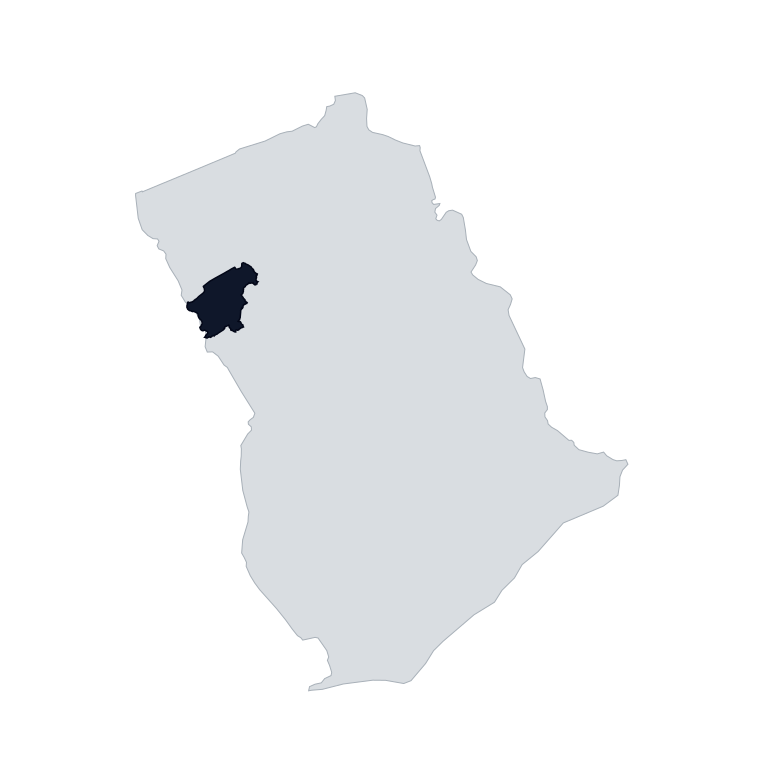 Sawla-tuna-kalba, Northern, Ghana (highlighted), rotated 338°
{"feature_id": "2480657B66384530229883", "entity_name": "Sawla-tuna-kalba", "entity_type": "district", "adm_level": 2, "iso_a3": "GHA", "parent_name": "Ghana", "parent_adm1": "Northern", "projection": "orthographic", "projection_center": [-2.328, 9.481], "detail": "fine", "context": "in_parent", "style": "filled", "palette": "ink", "viewbox_px": 768, "rotation_deg": 338, "n_neighbors": 0, "source": "geoboundaries", "source_scale": "gbopen_adm2", "svg_char_len": 8116}
<svg xmlns="http://www.w3.org/2000/svg" viewBox="0 0 768 768"><g transform="rotate(338 384 384)"><path d="M466.4,103.2L472.0,108.5L473.2,111.6L471.3,123.1L467.3,131.3L464.7,138.8L465.1,142.6L467.6,146.4L476.2,152.3L480.6,156.1L485.8,161.9L491.8,167.6L502.0,175.0L506.3,176.3L506.1,178.4L504.7,181.2L504.0,209.0L503.3,216.1L502.6,219.8L501.7,230.1L500.6,231.6L498.7,231.5L496.9,231.9L496.5,234.0L497.3,236.1L503.4,237.6L502.1,239.1L497.5,240.6L495.5,243.7L496.4,247.3L493.9,250.2L494.6,252.1L496.3,253.5L498.8,252.9L506.0,248.1L509.0,247.6L512.7,248.5L519.6,255.7L519.9,259.3L517.2,271.6L514.6,281.0L514.2,293.6L517.1,300.6L516.8,304.5L513.6,307.9L506.6,312.8L507.1,316.1L510.4,322.2L516.5,329.1L528.2,337.5L534.5,348.6L534.7,353.1L531.1,357.6L526.9,361.6L525.6,367.3L527.7,404.4L518.6,420.7L518.5,425.3L519.5,430.6L521.9,433.8L526.7,434.7L530.6,437.8L529.3,449.1L527.3,460.7L527.0,466.2L525.9,468.9L522.2,471.1L520.9,474.8L521.9,479.2L521.2,482.6L523.2,486.9L527.4,492.2L534.3,505.5L536.9,506.5L538.1,509.3L537.4,512.0L540.1,517.9L547.7,523.7L555.6,528.7L562.1,529.4L563.6,534.0L567.9,539.8L571.0,542.4L575.8,544.0L579.9,544.8L580.1,549.8L572.9,553.2L568.0,558.4L564.3,566.2L559.2,574.8L541.5,579.4L534.7,579.5L498.2,580.0L464.1,597.1L444.4,603.2L432.3,612.7L416.0,619.5L404.7,627.7L381.0,631.7L342.3,644.7L330.1,649.8L317.9,658.7L297.9,669.2L290.1,669.1L274.4,659.3L262.6,654.4L233.9,646.9L212.4,644.0L202.1,640.8L199.2,640.2L201.6,636.7L207.6,636.5L213.9,637.6L218.7,634.9L225.7,634.5L227.5,631.7L228.1,624.7L228.0,619.0L230.5,616.4L231.1,609.7L227.7,594.8L225.2,593.1L212.7,591.0L211.8,588.0L209.5,584.9L207.2,577.2L204.4,565.8L200.1,551.6L191.7,528.2L189.6,520.0L188.2,511.6L187.9,501.5L189.7,497.8L189.4,492.6L188.7,487.4L194.6,475.5L206.2,461.0L208.7,455.7L210.8,452.1L211.1,446.8L213.2,429.8L218.8,409.3L222.3,401.6L224.6,397.4L227.5,390.6L228.2,387.4L238.9,379.3L243.8,377.2L244.9,374.0L243.2,370.5L243.9,368.2L246.5,367.0L250.4,366.0L253.3,362.7L248.8,337.4L245.2,312.2L245.0,310.0L242.8,306.5L240.7,296.1L237.1,290.0L232.1,288.2L232.1,282.5L237.2,272.8L238.5,267.1L236.1,265.4L235.7,261.0L237.5,253.8L236.6,249.4L235.7,244.7L230.5,233.6L229.2,225.8L231.9,221.2L231.8,211.2L229.0,195.8L228.6,186.0L230.5,182.0L229.6,178.1L225.8,174.4L225.5,170.8L228.8,167.4L228.4,164.7L224.3,162.7L220.7,157.9L217.6,150.4L218.2,138.3L224.3,116.1L225.1,114.3L231.9,114.4L231.9,115.3L253.1,115.1L277.3,114.9L306.3,114.6L332.6,114.3L333.8,113.3L338.1,112.0L364.7,114.2L381.3,113.0L388.4,113.8L393.5,115.2L405.0,114.3L411.1,114.8L415.8,120.3L417.7,120.2L420.2,117.9L424.8,115.2L429.5,113.0L432.8,108.7L434.8,105.4L437.8,106.0L442.2,105.8L445.1,103.0L446.2,98.8L466.4,103.2Z" fill="#d9dde1" stroke="#a8b0b8" stroke-width="1"/><path d="M260.8,223.5L253.1,225.8L253.0,226.2L253.2,228.1L253.1,228.4L252.5,230.5L252.0,231.1L251.0,231.5L250.5,231.9L245.0,233.5L243.4,234.2L242.6,234.6L242.1,234.7L241.7,234.9L241.3,234.9L240.8,235.0L240.7,234.9L239.7,235.3L239.4,235.3L238.7,235.8L238.3,235.8L238.0,236.0L237.8,236.0L237.6,235.9L237.2,235.9L237.0,236.1L236.6,236.0L236.4,236.2L236.1,236.1L235.7,235.8L235.4,235.8L234.6,235.9L233.9,235.7L233.7,235.4L233.5,234.9L233.2,234.9L233.1,235.0L232.9,234.9L232.9,235.0L232.7,235.1L232.4,235.0L232.1,236.0L231.7,236.1L231.5,236.6L230.8,237.2L230.7,237.5L230.8,237.8L230.6,238.2L230.0,238.7L230.0,238.9L230.1,239.5L230.0,240.3L230.2,240.6L230.0,240.9L230.0,241.0L230.9,242.8L231.4,243.3L232.1,243.6L233.5,245.1L234.4,245.3L235.1,245.6L235.6,246.3L236.2,246.8L236.8,247.4L237.7,248.9L237.6,250.0L237.2,251.5L237.1,252.4L237.3,254.2L237.6,254.8L238.1,255.5L238.4,256.8L238.6,257.9L238.4,258.7L238.2,259.5L237.9,260.1L237.4,260.5L236.7,261.0L236.4,261.5L236.0,262.0L235.3,262.1L234.5,262.4L234.4,263.3L234.4,263.8L234.4,264.4L234.6,264.9L234.7,265.5L235.3,266.3L235.7,266.6L236.1,266.8L236.8,266.9L237.0,266.9L237.4,266.7L237.6,266.7L238.3,267.3L240.1,269.5L239.6,270.9L236.9,272.1L236.7,272.3L236.6,272.7L235.2,273.5L235.6,273.7L235.9,274.2L236.3,274.4L236.8,274.9L237.1,275.0L237.1,274.9L237.2,275.0L237.5,275.0L238.5,274.9L238.9,274.7L239.1,274.9L239.3,274.8L239.4,275.0L240.0,275.0L240.2,275.3L240.3,275.2L240.4,275.3L240.7,275.6L240.8,275.5L241.0,275.7L241.8,275.6L242.1,275.5L242.2,275.3L242.3,275.3L242.4,275.2L242.5,275.1L242.8,275.2L243.5,275.0L244.0,275.4L244.1,275.5L244.1,275.4L244.4,275.6L244.6,275.5L244.7,275.3L244.9,275.3L245.6,275.4L246.9,275.1L247.7,275.3L248.4,275.0L249.6,274.7L255.4,273.6L256.6,273.0L256.4,272.8L256.4,272.6L256.5,272.5L257.1,272.1L257.5,272.1L257.9,271.3L258.0,271.3L258.7,271.2L259.0,271.4L260.1,271.3L261.3,271.4L262.1,271.2L262.3,271.4L262.1,271.9L261.8,273.6L261.9,274.0L262.5,275.0L262.6,275.4L262.2,276.4L262.3,276.8L262.4,277.0L262.8,277.2L263.4,277.2L263.7,278.0L264.5,279.1L265.1,279.7L265.6,280.1L266.0,280.1L265.9,279.9L266.3,279.1L267.0,278.5L267.4,278.6L267.5,278.5L268.1,279.1L268.6,279.4L268.8,279.2L269.4,279.3L269.4,279.1L269.6,279.1L270.3,279.0L270.7,278.8L271.0,278.8L271.1,278.7L271.3,278.6L271.5,278.7L272.1,278.6L272.4,278.5L272.5,278.3L272.9,278.4L273.3,278.4L273.4,278.5L273.6,278.5L274.0,278.6L274.6,278.3L274.8,278.5L275.1,278.5L275.0,277.4L275.0,277.1L275.2,276.9L275.2,276.7L275.3,276.5L275.2,276.2L274.7,275.9L274.5,275.2L274.3,275.0L274.2,274.2L274.3,273.7L274.2,273.5L274.3,273.3L274.2,273.2L274.2,272.8L274.1,272.4L273.2,271.8L272.6,271.7L272.1,271.2L272.4,271.0L273.3,270.7L273.7,270.4L273.9,270.2L274.1,270.2L274.1,269.9L274.5,269.7L274.7,269.4L274.8,269.2L275.4,268.8L278.3,263.1L278.5,262.3L278.7,262.2L278.9,262.0L279.3,261.6L279.6,261.4L279.8,261.2L280.0,261.2L280.1,260.6L280.3,260.4L280.3,260.5L280.5,260.4L280.7,260.5L280.7,260.4L280.9,260.4L280.9,260.5L281.2,260.6L281.4,260.5L281.4,260.3L281.9,260.1L282.2,259.6L282.2,259.3L282.5,259.0L282.6,258.8L282.8,258.6L282.9,258.4L283.2,258.1L283.4,258.2L283.6,258.0L283.8,258.1L284.4,257.7L284.7,257.9L284.9,257.8L285.1,257.9L285.2,257.7L285.4,257.8L285.6,257.7L285.9,257.9L286.2,257.8L286.7,257.8L287.0,257.9L287.2,257.7L287.4,257.4L287.3,257.2L287.5,257.1L287.4,257.0L287.3,256.7L286.9,256.4L286.6,256.1L286.8,255.8L286.8,255.6L286.6,255.5L286.5,255.2L286.2,254.9L286.2,254.7L286.4,254.6L286.6,254.1L286.6,253.9L286.6,253.6L286.4,253.4L286.2,253.0L286.2,252.8L285.9,252.6L286.0,252.3L285.9,252.1L285.6,251.7L285.8,250.9L285.4,250.0L285.1,248.2L284.9,247.9L285.8,247.6L287.1,247.0L287.3,246.6L287.3,246.3L287.6,246.1L287.8,246.1L288.2,245.7L288.3,245.1L288.5,245.0L288.5,244.6L288.7,244.3L288.7,244.1L289.1,243.9L289.5,242.7L289.8,242.4L290.0,242.3L290.0,242.1L290.7,241.9L290.8,241.8L291.0,241.9L291.6,241.8L291.7,241.6L292.0,241.6L292.5,241.0L293.0,240.8L293.2,240.6L293.6,240.6L293.7,240.4L294.0,240.4L294.3,240.5L294.7,240.5L295.1,240.1L295.3,240.1L295.8,240.0L296.1,240.2L296.3,240.0L296.3,239.9L296.5,239.7L296.6,239.8L296.9,239.6L297.2,240.2L298.1,240.6L298.4,240.6L299.0,240.6L299.6,241.1L300.4,240.9L300.6,240.9L300.7,241.4L300.5,242.0L300.6,242.4L301.0,242.9L301.3,243.6L301.5,243.8L301.8,243.7L302.3,243.9L302.5,243.6L302.8,243.4L303.6,243.7L303.8,243.6L303.9,242.9L304.2,242.6L304.5,242.5L304.7,242.3L305.4,242.0L305.1,241.8L304.9,241.7L304.5,241.3L304.6,241.0L304.6,240.7L304.2,240.4L304.3,240.1L304.1,239.9L304.6,239.0L304.6,238.9L304.6,238.7L305.1,238.2L305.4,238.0L305.7,237.5L305.7,237.3L305.6,237.2L305.8,236.9L305.8,236.7L306.0,236.6L306.1,236.2L306.0,235.9L306.5,235.7L306.5,235.4L306.7,235.2L306.8,235.4L307.0,235.4L307.0,234.9L307.4,234.7L307.7,234.7L307.8,234.5L307.1,234.0L306.7,233.2L306.3,233.0L306.3,232.4L306.0,232.2L305.9,231.8L305.7,231.2L305.8,230.6L305.5,230.4L305.6,230.2L305.7,229.6L305.8,229.3L305.8,229.0L305.6,228.9L305.7,228.7L305.5,228.3L305.2,228.1L305.1,227.8L305.1,227.6L304.8,226.8L304.7,225.8L304.4,225.2L303.5,224.2L303.4,223.9L302.7,222.8L300.7,220.8L300.4,220.0L299.8,219.7L298.9,218.8L298.5,218.9L297.7,218.9L297.4,219.0L297.0,219.7L296.2,221.5L295.8,222.0L295.6,222.1L295.6,222.3L295.2,222.5L294.0,222.8L293.1,222.7L292.6,222.6L292.2,222.7L290.1,222.3L289.7,221.9L289.4,220.0L289.2,219.8L285.4,220.2L282.1,220.8L281.3,220.8L277.4,221.4L267.2,222.6L260.8,223.5Z" fill="#0f172a" stroke="#020617" stroke-width="1.5"/></g></svg>